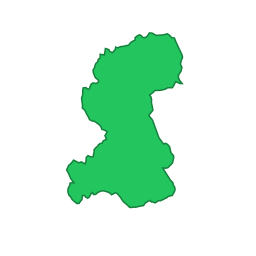 Carmo do Rio Verde, Goiás, Brazil, rotated 151°
{"feature_id": "56859067B98577330438289", "entity_name": "Carmo do Rio Verde", "entity_type": "district", "adm_level": 2, "iso_a3": "BRA", "parent_name": "Brazil", "parent_adm1": "Goiás", "projection": "robinson", "projection_center": [-49.728, -15.419], "detail": "fine", "context": "isolated", "style": "filled", "palette": "green", "viewbox_px": 256, "rotation_deg": 151, "n_neighbors": 0, "source": "geoboundaries", "source_scale": "gbopen_adm2", "svg_char_len": 2738}
<svg xmlns="http://www.w3.org/2000/svg" viewBox="0 0 256 256"><g transform="rotate(151 128 128)"><path d="M209.3,86.7L207.2,85.8L205.3,86.9L203.0,87.7L201.6,89.7L200.5,91.0L198.9,90.1L198.4,87.8L197.3,86.2L195.7,86.2L194.1,87.2L192.3,88.3L190.3,88.8L190.4,86.5L188.4,85.6L185.6,86.3L181.5,85.8L179.3,84.4L177.8,82.9L175.5,80.3L174.8,77.7L172.7,77.4L170.3,77.6L169.3,75.9L168.8,74.0L168.3,71.4L168.1,68.9L167.9,66.6L167.3,64.4L166.2,61.8L165.1,58.0L163.9,56.9L161.6,56.2L159.7,55.0L156.8,54.2L154.3,53.5L152.1,52.6L149.1,54.0L146.5,54.1L143.8,54.0L143.4,51.9L141.9,51.1L140.8,49.5L139.2,49.3L137.0,49.8L135.1,48.7L132.3,48.4L130.3,48.4L127.9,48.2L125.7,48.6L124.0,48.1L121.9,47.5L119.7,49.0L118.2,49.8L116.5,51.6L115.8,54.1L116.0,56.4L115.2,58.5L116.2,61.7L117.0,76.1L114.2,74.4L112.1,74.0L108.4,75.1L106.0,75.9L102.3,80.0L101.6,81.6L102.4,85.9L101.8,87.6L100.7,91.4L101.3,94.3L102.4,96.3L104.7,96.9L105.7,104.5L102.8,122.5L102.9,124.7L103.5,126.8L103.6,129.0L97.7,131.4L96.5,134.5L95.8,137.1L94.9,139.5L93.7,141.1L92.8,144.3L93.2,146.3L88.4,147.0L86.7,147.8L83.9,146.6L82.0,145.5L80.3,144.9L76.7,143.9L73.6,143.9L69.7,141.7L66.8,143.3L64.0,145.4L60.7,141.5L59.1,140.6L59.7,144.3L59.6,147.3L58.2,149.8L54.2,151.9L51.4,154.9L51.2,158.4L49.2,160.7L46.0,163.4L45.3,165.8L44.4,179.6L43.8,184.2L45.9,185.7L47.0,189.7L48.0,191.4L50.1,191.8L52.8,192.7L55.5,194.0L58.2,195.1L59.8,197.4L60.9,199.3L63.2,200.8L66.3,199.1L69.1,198.7L71.3,200.1L71.7,202.6L72.9,204.0L75.8,204.0L78.1,203.5L79.0,201.5L81.8,201.6L84.6,201.4L87.4,200.1L89.2,200.8L91.9,201.5L95.2,202.8L98.1,203.1L99.6,204.7L101.1,202.8L102.8,202.3L105.0,201.4L106.9,203.7L106.7,205.8L109.2,208.5L111.0,206.1L113.4,203.4L116.6,206.0L118.3,202.9L120.7,202.4L122.5,200.6L124.8,200.0L126.5,198.7L128.0,197.0L130.5,195.6L131.6,192.9L132.0,189.2L132.0,187.3L130.8,184.8L131.1,182.9L133.0,182.1L134.6,182.7L137.0,184.5L139.2,184.1L141.1,182.6L142.5,181.2L144.1,181.2L145.3,183.8L147.8,184.8L149.7,182.3L150.9,180.1L152.1,178.4L154.1,176.7L155.6,173.0L156.7,170.0L158.3,167.6L157.4,165.5L157.1,163.2L157.4,161.2L157.3,156.8L157.6,153.9L155.9,151.5L154.0,150.0L152.6,147.0L151.3,144.1L151.1,141.7L151.5,139.5L149.3,137.2L148.1,134.8L149.7,133.7L151.8,132.6L152.4,128.6L155.8,128.8L157.9,127.4L160.1,127.9L161.9,127.7L163.4,126.8L166.1,126.3L168.5,125.2L169.2,123.3L170.7,122.1L172.2,119.8L174.4,120.6L176.4,123.2L178.8,122.5L180.0,120.6L181.1,118.9L183.1,117.5L185.2,121.0L187.8,121.4L190.1,124.7L191.2,126.3L193.8,125.1L198.3,123.9L199.9,122.6L202.0,121.2L202.0,116.8L202.4,113.6L202.6,111.2L201.9,106.3L203.5,107.3L205.4,107.9L206.9,105.9L209.4,104.5L210.7,102.7L211.6,101.1L212.2,97.8L211.5,95.1L211.6,92.7L210.5,89.6L209.3,86.7Z" fill="#22c55e" stroke="#15803d" stroke-width="1.5"/></g></svg>